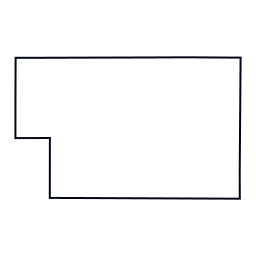 Alcorn, Mississippi, United States of America
{"feature_id": "52423323B19683486878763", "entity_name": "Alcorn", "entity_type": "district", "adm_level": 2, "iso_a3": "USA", "parent_name": "United States of America", "parent_adm1": "Mississippi", "projection": "robinson", "projection_center": [-88.592, 34.876], "detail": "fine", "context": "isolated", "style": "outline", "palette": "ink", "viewbox_px": 256, "rotation_deg": 0, "n_neighbors": 0, "source": "geoboundaries", "source_scale": "gbopen_adm2", "svg_char_len": 291}
<svg xmlns="http://www.w3.org/2000/svg" viewBox="0 0 256 256"><path d="M240.6,57.6L232.3,57.6L188.6,57.3L166.9,57.4L33.5,57.8L15.6,57.8L15.5,84.2L15.4,138.1L49.9,138.0L49.8,197.9L66.8,198.0L75.4,198.0L239.8,198.7L239.7,172.9L240.6,57.6Z" fill="none" stroke="#020617" stroke-width="2"/></svg>